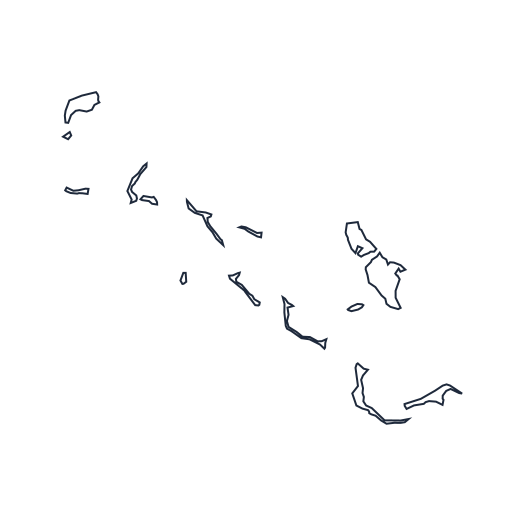 The Bahamas, Robinson projection, rotated 168°
{"feature_id": "BHS", "entity_name": "The Bahamas", "entity_type": "country or territory", "adm_level": 0, "iso_a3": "BHS", "parent_name": "North America", "parent_adm1": "", "projection": "robinson", "projection_center": [-76.093, 23.939], "detail": "fine", "context": "isolated", "style": "outline", "palette": "slate", "viewbox_px": 512, "rotation_deg": 168, "n_neighbors": 0, "source": "natural_earth", "source_scale": "50m", "svg_char_len": 3348}
<svg xmlns="http://www.w3.org/2000/svg" viewBox="0 0 512 512"><g transform="rotate(168 256 256)"><path d="M151.1,206.4L150.9,214.2L151.5,220.1L150.9,222.2L144.9,226.1L143.4,228.2L137.7,230.4L134.3,233.5L132.6,228.5L129.3,225.5L128.7,220.2L126.2,222.0L122.5,220.9L116.5,217.0L112.7,211.6L118.0,210.6L119.1,214.0L123.4,209.9L122.4,207.7L121.7,207.5L120.3,203.4L126.7,192.9L128.1,186.1L125.3,175.2L128.0,174.5L135.1,178.3L138.3,182.1L138.4,187.3L141.4,191.3L145.7,200.8L151.1,206.4ZM155.8,236.0L155.8,237.4L150.3,241.5L154.3,244.4L158.1,238.1L161.1,243.2L162.7,252.8L162.4,254.5L162.7,256.0L163.3,257.8L163.4,260.5L160.3,268.9L149.4,268.0L149.1,260.9L147.5,259.6L144.9,249.4L141.5,246.2L136.8,237.9L139.5,235.7L143.2,236.4L145.1,235.4L150.2,234.6L153.3,233.5L155.8,236.0ZM413.8,433.1L412.0,437.8L406.2,446.9L393.0,449.1L378.4,449.5L377.3,447.1L377.0,444.9L378.0,441.5L377.9,440.2L377.3,438.8L382.6,437.4L386.1,433.2L391.6,432.5L398.5,435.4L402.2,435.5L407.6,432.3L412.0,425.3L414.6,426.2L413.8,433.1ZM180.0,129.3L178.8,129.8L174.1,123.4L170.2,121.5L176.2,116.9L178.9,113.0L178.8,104.4L180.3,99.8L179.8,95.7L181.2,91.5L179.4,86.9L174.4,83.2L164.4,68.5L148.7,65.0L140.6,64.8L145.0,62.5L149.2,62.7L155.5,64.1L163.2,64.8L167.8,69.1L172.2,74.9L176.2,77.2L177.9,78.7L177.7,80.3L178.4,81.9L183.6,84.6L188.9,88.9L190.4,101.6L183.3,107.6L181.9,126.0L180.0,129.3ZM110.2,76.1L116.9,78.1L120.5,77.8L122.6,76.5L132.5,77.0L140.5,75.1L141.7,78.5L141.5,80.3L124.5,82.0L108.9,87.0L100.3,90.4L96.3,90.8L93.2,89.0L83.0,78.6L85.8,79.7L93.3,85.5L98.0,84.5L102.4,80.6L103.1,77.6L102.5,76.3L104.5,71.6L110.2,76.1ZM211.8,156.1L221.0,163.4L228.7,166.2L237.1,175.3L240.8,178.5L241.4,181.5L240.0,194.9L238.1,203.1L238.4,210.2L236.4,208.1L234.4,203.4L231.1,200.7L230.0,199.3L235.9,199.0L236.4,191.7L239.3,185.9L238.9,179.9L232.0,173.2L227.3,167.4L220.1,165.5L213.4,159.7L209.4,159.0L204.5,160.0L206.3,156.6L207.5,152.0L208.4,151.1L211.8,156.1ZM312.3,323.3L312.0,325.0L304.9,312.1L296.1,309.0L291.0,305.9L292.0,304.1L295.6,303.3L296.1,299.3L294.6,294.8L290.0,285.9L287.3,279.9L286.1,278.5L285.8,273.4L291.3,281.3L293.6,288.2L297.3,295.1L299.8,306.8L306.9,310.9L312.0,316.5L312.3,323.3ZM347.7,367.2L343.8,369.2L344.7,365.8L352.1,360.2L356.3,355.2L358.6,353.4L359.5,352.1L362.7,350.2L364.4,347.0L363.9,344.4L360.5,340.1L360.5,337.0L361.7,334.9L367.5,333.9L365.9,337.1L368.3,346.3L360.6,357.7L354.0,361.3L347.7,367.2ZM286.2,239.2L286.5,242.4L282.8,241.8L277.3,243.0L275.4,243.1L276.6,240.8L280.4,237.8L280.6,234.9L275.9,230.7L270.4,220.4L267.8,217.9L266.6,214.0L262.0,209.8L262.9,207.6L263.9,207.1L267.0,208.1L274.0,223.1L274.5,224.5L286.2,239.2ZM412.6,353.4L416.1,354.3L417.9,354.2L424.3,356.2L428.1,358.8L429.0,359.9L427.0,362.3L421.1,357.8L416.0,357.2L408.8,357.3L405.9,356.5L407.8,351.7L412.6,353.4ZM355.9,334.4L357.2,335.5L353.6,338.1L345.6,334.9L343.8,335.1L342.2,331.7L341.6,329.2L342.0,326.9L346.8,328.7L349.3,332.0L355.9,334.4ZM173.1,186.7L166.8,188.0L162.3,186.7L161.2,185.6L163.1,183.8L167.3,182.4L174.1,182.2L177.1,184.0L177.4,184.7L173.1,186.7ZM266.4,287.5L264.1,287.9L260.0,286.2L250.2,278.3L245.7,277.7L247.2,273.2L250.6,274.8L258.5,281.6L261.4,284.9L266.4,287.5ZM335.0,247.7L330.6,254.6L328.3,254.1L329.6,245.3L332.6,243.9L333.8,244.0L335.0,247.7ZM419.9,412.8L412.4,416.0L411.7,412.3L415.5,409.3L419.9,412.8Z" fill="none" stroke="#1e293b" stroke-width="2"/></g></svg>